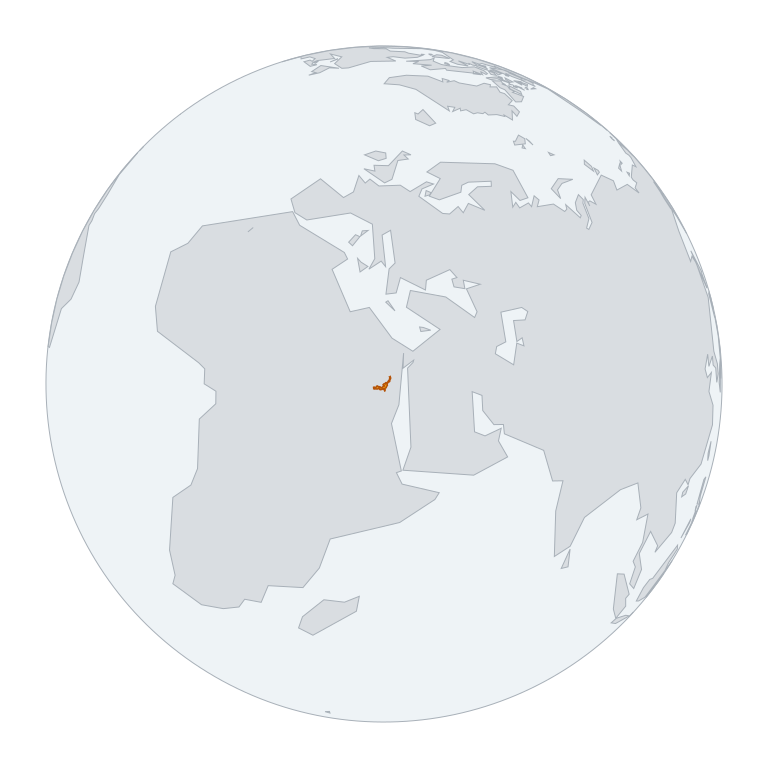 Aswan highlighted on a globe, orthographic projection, rotated 33°
{"feature_id": "EGY-1548", "entity_name": "Aswan", "entity_type": "Governorate", "adm_level": 1, "iso_a3": "EGY", "parent_name": "Egypt", "parent_adm1": "", "projection": "orthographic", "projection_center": [32.505, 23.633], "detail": "fine", "context": "on_globe", "style": "filled", "palette": "amber", "viewbox_px": 768, "rotation_deg": 33, "n_neighbors": 0, "source": "natural_earth", "source_scale": "10m", "svg_char_len": 12554}
<svg xmlns="http://www.w3.org/2000/svg" viewBox="0 0 768 768"><g transform="rotate(33 384 384)"><circle cx="384" cy="384" r="338" fill="#eef3f6" stroke="#a8b0b8"/><path d="M430.7,49.3L433.0,49.7L417.5,47.8L425.1,49.1L401.1,47.9L360.8,47.3L346.6,49.5L302.9,57.5L306.0,57.5L291.5,61.9L289.7,63.9L282.1,65.8L287.3,65.9L294.5,63.9L299.2,63.5L298.9,64.8L289.1,67.1L287.9,66.8L284.8,68.2L280.1,68.9L282.2,69.3L270.4,72.5L281.4,71.4L271.5,75.8L263.8,77.5L265.6,74.4L252.3,74.1L245.1,76.5L233.2,82.1L208.7,97.5L200.3,102.1L188.3,110.3L192.4,108.5L203.2,101.7L207.9,101.4L220.6,94.0L224.4,93.2L237.1,87.7L234.0,91.9L224.1,99.3L213.4,104.5L208.8,108.3L218.0,106.7L197.2,120.7L182.0,138.3L176.7,142.2L168.1,142.2L170.4,132.6L159.3,136.4L165.3,137.9L152.0,149.0L149.3,152.9L149.3,155.1L153.9,152.7L149.1,157.8L141.4,157.3L145.6,152.6L148.0,152.5L149.0,148.6L143.7,150.0L137.4,156.5L136.1,154.7L131.5,159.7L128.7,162.6L136.0,154.6L122.9,169.4L139.3,151.0L156.9,133.8L175.8,117.9L195.7,103.4L216.7,90.4L238.5,79.0L261.1,69.2L284.4,61.1L308.2,54.7L332.4,50.0L356.9,47.2L381.5,46.1L406.2,46.8L430.7,49.3ZM53.1,315.5L52.9,316.3L52.7,317.5L53.1,315.5ZM51.5,323.8L47.9,352.6L48.9,375.8L49.1,392.3L48.5,398.8L50.1,406.2L50.2,411.7L62.2,440.2L72.7,464.6L75.3,483.3L72.4,496.5L83.5,535.5L81.9,535.5L71.9,513.5L63.4,490.9L56.6,467.7L51.5,444.1L48.0,420.1L46.3,396.0L46.3,371.8L48.0,347.7L51.5,323.8ZM237.9,85.9L237.4,86.8L235.3,87.3L237.9,85.9ZM243.8,82.9L241.6,82.9L244.1,81.6L245.4,81.6L243.8,82.9ZM245.9,83.4L248.8,79.2L253.3,76.9L261.8,75.3L245.9,83.4ZM445.7,51.8L454.9,54.0L460.8,55.2L449.2,54.0L445.2,51.9L436.4,50.3L443.4,51.4L445.7,51.8ZM297.0,62.8L289.2,64.9L296.1,62.1L297.0,62.8ZM300.2,61.2L314.5,54.9L325.8,53.0L318.7,55.2L333.7,52.5L332.1,54.6L323.6,56.5L316.6,57.2L321.4,57.6L300.2,61.2ZM441.3,53.5L441.2,54.1L438.4,53.2L441.3,53.5ZM301.6,63.2L303.5,61.8L313.4,59.9L311.5,62.5L308.9,62.2L301.6,63.2ZM338.3,51.1L345.3,50.6L346.1,52.0L348.9,52.1L333.1,54.5L338.3,51.1ZM306.5,63.3L310.2,63.9L305.2,66.1L300.5,64.5L306.5,63.3ZM316.8,58.5L321.5,57.9L318.2,59.0L316.8,58.5ZM289.5,75.4L291.6,73.1L296.9,71.8L289.5,75.4ZM312.0,64.1L313.7,63.3L316.0,62.7L317.4,63.7L312.0,64.1ZM334.7,55.6L333.5,56.6L341.2,54.7L342.0,56.2L331.3,57.7L336.3,57.7L336.6,58.2L327.5,59.0L334.7,55.6ZM325.9,63.1L312.5,66.4L307.6,70.6L302.7,71.7L311.5,64.9L325.9,63.1ZM327.6,60.5L325.4,62.3L320.4,62.4L318.9,61.4L327.6,60.5ZM346.4,56.8L347.9,54.1L350.2,53.9L346.4,56.8ZM325.4,64.2L328.6,63.4L325.6,64.5L325.4,64.2ZM341.1,58.9L341.3,57.8L343.9,57.6L341.1,58.9ZM334.9,63.0L330.6,64.0L329.4,63.1L334.9,63.0ZM338.5,61.1L342.0,61.1L331.5,62.2L338.2,60.6L338.5,61.1ZM343.5,58.9L345.1,58.4L343.0,59.4L343.5,58.9ZM341.9,66.2L329.0,67.9L326.3,65.8L339.2,64.3L341.9,66.2ZM471.2,57.5L484.6,61.4L497.8,65.8L512.0,71.6L521.2,75.4L530.0,79.2L556.0,93.1L538.6,84.2L499.8,67.5L515.6,73.8L512.0,72.9L517.6,75.7L528.8,80.7L530.1,80.9L547.7,95.0L574.4,114.2L572.7,109.2L579.8,112.4L608.7,134.8L642.8,176.9L652.6,185.5L658.7,193.4L662.2,201.4L653.5,189.9L649.7,188.8L644.2,181.7L646.9,192.3L639.2,182.7L645.1,196.5L651.7,202.5L652.3,196.0L660.6,213.3L671.5,222.6L681.7,239.3L693.5,278.5L692.1,296.7L693.9,302.9L688.6,299.9L688.7,315.8L704.0,342.1L706.1,351.9L702.9,377.6L701.6,370.6L687.9,362.4L690.4,387.1L701.0,399.3L704.8,419.5L698.9,417.8L694.4,400.5L689.5,397.0L687.2,376.0L676.2,349.3L669.9,360.2L666.9,348.0L650.8,328.7L639.9,343.8L624.8,386.7L628.5,418.6L620.8,435.9L597.2,397.0L586.8,367.7L578.2,373.5L554.1,352.7L512.1,360.2L506.2,352.9L498.3,358.2L481.3,352.5L472.4,340.2L462.1,342.4L486.0,374.8L497.0,372.5L506.4,357.3L511.0,369.4L527.4,377.8L508.9,411.6L446.8,446.0L441.0,422.3L395.1,357.8L396.6,350.2L396.4,349.3L395.9,347.8L391.4,360.3L383.6,347.4L407.8,393.3L411.8,413.1L445.9,447.5L442.7,451.6L453.7,458.1L489.5,445.1L489.6,453.1L472.6,491.6L423.3,543.3L430.0,573.6L426.9,598.9L396.7,616.2L399.9,634.0L384.4,640.4L383.8,650.0L371.6,659.9L351.2,668.5L315.7,666.5L313.0,658.2L294.6,640.1L268.7,594.1L277.1,573.9L273.7,556.5L248.2,514.0L253.7,492.2L247.0,481.6L233.1,481.8L225.4,468.9L217.0,467.1L165.3,463.2L150.0,443.4L133.2,389.3L142.9,372.8L145.6,350.3L213.5,289.2L226.8,296.8L279.1,295.3L285.4,299.0L278.0,316.1L316.3,341.8L330.0,327.8L365.8,341.2L390.4,340.8L401.3,307.7L361.0,307.4L355.2,291.2L388.4,277.4L423.8,278.9L422.7,272.7L401.3,259.3L410.4,247.9L394.0,253.8L399.9,260.0L389.8,264.4L383.8,259.1L387.2,255.0L376.9,252.2L363.0,273.9L367.6,282.6L339.8,285.8L344.6,301.0L336.7,307.6L325.6,284.7L327.4,276.5L305.8,251.5L301.3,260.1L321.4,284.7L314.7,282.5L308.8,295.9L308.0,283.9L287.2,256.3L262.8,258.8L229.9,288.5L216.0,288.8L205.2,279.5L219.0,246.5L248.5,249.7L253.8,239.5L249.4,222.8L258.8,225.7L260.6,219.8L271.9,220.7L289.4,208.4L301.1,208.4L309.5,191.3L316.6,189.3L309.6,199.7L311.0,207.6L340.3,209.0L346.4,205.7L349.5,194.8L357.2,197.2L356.4,186.6L374.0,183.4L351.9,179.0L355.0,167.7L366.4,159.7L363.4,155.6L344.8,168.8L341.0,175.0L344.0,181.3L330.1,199.4L319.7,201.8L319.3,181.1L304.5,182.8L310.6,167.2L357.1,138.9L375.8,134.5L403.3,149.4L398.1,156.0L385.6,153.5L395.7,165.6L395.6,159.9L401.9,162.4L406.5,153.5L411.2,154.9L407.4,144.4L413.8,145.2L416.0,151.8L428.1,140.8L441.6,140.9L442.1,137.8L438.7,134.6L458.1,137.7L457.6,135.3L451.0,133.3L445.7,127.7L443.9,119.3L450.7,120.8L452.3,124.0L465.8,133.7L469.0,142.9L471.6,142.8L470.5,135.2L454.0,123.2L450.9,117.9L459.6,122.6L456.2,120.4L456.9,118.3L463.9,117.8L454.7,112.5L452.4,90.5L465.7,88.6L473.7,94.5L479.3,84.1L493.9,84.9L487.8,82.7L486.4,77.6L481.8,77.2L478.8,75.9L473.0,65.1L477.0,64.6L467.6,59.5L464.5,58.7L461.1,58.7L449.2,54.0L460.8,55.2L467.3,56.8L470.1,57.2L471.2,57.5ZM189.1,324.0L187.0,330.6L189.1,324.0ZM460.9,298.0L482.3,297.3L473.1,277.4L480.6,275.8L474.7,270.0L472.3,276.0L458.1,260.2L467.4,253.4L465.1,244.9L457.8,244.8L442.9,260.1L463.2,282.3L458.1,291.2L460.9,298.0ZM52.9,316.5L51.9,321.7L52.3,319.4L52.9,316.5ZM66.5,268.4L66.2,269.0L66.3,268.8L66.5,268.4ZM152.5,149.0L153.0,149.2L151.9,152.3L150.2,152.6L152.5,149.0ZM160.6,157.9L152.7,166.0L157.2,160.0L153.2,161.4L157.6,151.3L174.3,143.7L166.0,148.6L160.6,157.9ZM168.1,136.9L163.4,143.3L167.9,136.6L168.1,136.9ZM259.6,189.3L262.9,193.6L257.7,199.8L242.9,202.4L250.2,193.1L259.6,189.3ZM268.8,198.5L272.5,178.6L281.8,177.1L276.0,181.1L281.8,182.1L273.9,189.0L279.2,208.0L275.0,215.0L249.9,214.4L260.4,210.4L256.5,206.0L268.8,198.5ZM265.5,139.0L267.2,132.6L285.3,137.1L281.6,142.6L266.5,144.9L262.1,139.7L265.5,139.0ZM260.5,82.3L260.0,81.2L262.7,80.4L265.4,80.6L260.5,82.3ZM290.0,74.4L265.6,86.7L263.7,85.9L251.6,95.3L242.1,97.0L250.3,90.7L233.8,99.6L237.4,94.6L226.8,101.2L246.0,86.9L248.6,83.5L249.4,86.4L258.0,84.8L262.6,83.0L277.3,76.0L287.1,68.8L297.2,66.8L301.8,67.4L301.0,68.8L294.7,69.4L298.2,70.9L288.4,73.0L290.0,74.4ZM349.7,87.1L342.6,85.2L348.0,92.6L338.2,93.0L339.5,93.9L331.9,96.6L324.9,101.6L320.6,101.1L319.7,103.4L314.7,105.6L312.0,108.6L303.5,109.2L299.5,113.2L297.7,111.2L293.2,118.1L292.7,113.4L286.1,116.4L290.1,119.4L250.3,119.5L234.0,124.7L220.6,132.1L221.6,124.2L234.7,112.8L253.2,101.9L268.8,98.6L266.4,96.1L273.2,94.0L272.2,96.8L277.7,91.4L283.0,90.6L299.5,83.6L304.1,77.3L310.3,75.0L311.1,77.1L316.6,73.5L322.4,76.1L327.0,74.8L337.2,76.5L336.2,82.1L341.4,80.2L349.4,82.0L349.7,87.1ZM344.5,66.8L345.6,72.4L340.8,75.7L325.0,71.4L320.0,72.3L309.7,70.7L317.0,66.2L319.2,67.0L323.1,66.8L319.3,68.2L325.3,66.9L328.6,68.2L334.2,67.6L333.0,69.4L344.5,66.8ZM293.4,293.0L298.4,294.3L306.5,294.2L302.9,303.1L293.4,293.0ZM278.8,274.3L283.5,273.6L282.3,285.2L277.1,284.3L278.8,274.3ZM287.0,263.9L283.8,272.7L282.4,267.4L287.0,263.9ZM314.0,198.8L319.1,197.9L319.3,200.5L316.1,204.2L314.0,198.8ZM363.5,112.4L360.3,109.9L362.0,108.9L361.2,102.0L368.4,101.6L371.7,105.6L363.5,112.4ZM393.9,313.4L386.3,319.9L382.8,316.8L386.1,315.2L393.9,313.4ZM342.0,312.0L353.4,316.7L340.9,314.4L342.0,312.0ZM371.2,110.8L370.1,107.9L374.4,109.6L371.2,110.8ZM373.6,101.1L378.8,102.4L369.2,100.8L373.6,101.1ZM516.6,688.3L517.9,689.4L513.0,690.9L516.6,688.3ZM484.6,589.6L461.2,633.4L445.2,635.1L442.4,623.6L451.1,597.7L469.7,588.5L478.9,575.5L484.6,589.6ZM717.2,440.3L716.0,446.0L716.8,442.2L717.3,439.5L717.2,440.3ZM716.0,444.9L708.6,458.8L704.6,460.6L706.4,454.0L712.7,446.3L716.0,444.9ZM706.0,454.3L698.9,447.8L683.1,416.1L688.9,412.7L704.1,426.8L703.4,432.1L707.7,438.7L706.0,454.3ZM720.0,406.1L719.0,420.6L715.7,427.3L713.8,428.6L712.5,413.5L713.3,403.2L715.2,400.6L718.0,359.3L719.9,362.6L720.0,378.8L721.2,387.4L720.0,406.1ZM630.0,421.1L637.9,437.1L633.1,442.2L630.0,421.1ZM715.8,333.8L716.9,351.4L714.8,329.9L715.8,333.8ZM712.6,315.1L714.2,321.4L712.4,316.9L712.6,315.1ZM696.9,311.9L695.1,316.5L693.5,312.0L694.8,303.6L696.9,311.9ZM689.5,253.9L695.5,267.0L697.2,272.0L693.5,265.5L689.5,253.9ZM430.9,109.5L424.0,118.9L423.8,126.7L431.2,132.3L417.9,129.1L418.2,116.9L430.9,109.5ZM449.1,92.4L442.5,88.5L447.2,88.2L449.3,89.1L449.1,92.4ZM443.8,91.4L432.4,90.6L430.0,87.2L439.5,88.5L443.8,91.4ZM401.8,99.2L399.3,101.8L395.8,100.2L401.8,99.2ZM721.7,395.2L721.7,396.6L721.7,397.3L721.4,403.4L721.4,401.8L720.9,410.6L720.1,419.2L719.9,420.4L720.8,408.0L721.5,389.5L721.7,380.8L721.8,375.2L721.9,378.4L721.6,388.2L721.7,395.3L721.9,390.7L721.7,395.2ZM719.8,345.8L718.7,339.2L719.2,346.6L716.6,324.7L717.8,331.6L719.8,345.8ZM716.4,325.3L717.1,332.1L715.3,320.0L716.4,325.3ZM716.3,329.1L714.6,321.6L715.0,320.4L716.3,329.1ZM716.4,324.2L713.5,310.5L715.1,317.1L716.4,324.2ZM710.2,305.5L713.7,313.2L711.9,314.2L704.3,289.8L704.5,286.5L710.2,305.5ZM663.6,195.9L659.3,190.3L657.4,186.7L660.9,191.5L663.6,195.9ZM647.2,172.1L655.5,183.9L661.5,194.8L663.0,196.0L670.6,207.9L664.4,200.4L655.1,185.1L651.8,179.0L644.6,169.9L638.0,161.5L629.0,151.9L623.9,146.5L631.1,153.6L647.2,172.1ZM625.2,148.2L607.1,131.4L606.6,129.9L610.5,133.2L619.0,141.3L618.7,141.5L625.2,148.2ZM602.6,127.2L602.2,127.5L574.7,109.2L568.8,105.2L589.4,116.9L590.1,118.1L597.0,123.3L602.6,127.2ZM444.9,54.6L441.6,54.2L443.6,54.1L444.9,54.6ZM476.3,75.8L472.5,74.0L475.1,73.5L476.3,75.8ZM463.5,69.1L463.2,70.8L460.6,68.4L463.5,69.1ZM463.2,75.2L461.8,71.2L467.2,76.0L463.2,75.2Z" fill="#d9dde1" stroke="#a8b0b8" stroke-width="1"/><path d="M378.5,393.6L378.2,393.6L378.3,393.1L378.5,392.7L378.4,392.5L378.3,392.3L378.2,392.3L377.9,392.3L377.7,392.5L377.5,393.0L377.4,392.9L377.2,392.7L377.0,392.4L377.2,392.1L377.3,392.0L377.4,391.9L377.6,391.9L378.0,391.9L378.3,391.8L378.4,391.7L378.5,391.7L379.1,391.1L379.1,390.9L379.2,390.7L379.1,390.3L379.1,390.0L379.0,389.9L379.1,389.7L379.3,389.4L379.5,389.2L379.8,389.2L380.2,389.4L380.3,389.4L382.1,388.5L382.3,388.5L382.6,388.6L382.8,388.8L383.0,388.8L383.3,388.8L383.5,389.0L383.8,388.8L383.8,388.7L384.0,388.4L384.0,388.1L384.1,387.9L384.2,387.7L384.3,387.6L384.4,387.1L384.7,386.5L384.8,386.3L385.3,385.8L385.4,385.7L385.4,385.4L385.2,385.2L384.5,385.4L384.0,385.3L383.8,385.3L383.7,385.3L383.6,385.2L383.6,384.9L383.7,384.6L383.8,384.1L383.9,383.9L384.0,383.6L384.2,383.4L384.3,383.4L384.6,383.3L385.2,383.2L385.3,383.1L385.3,382.9L385.2,382.8L385.1,382.7L384.9,382.6L384.8,382.4L384.7,382.4L384.7,382.1L384.8,381.9L384.9,381.7L385.0,381.7L385.5,381.7L385.8,381.6L385.9,381.4L386.0,381.4L386.1,381.1L386.0,380.7L386.0,380.4L386.0,380.0L386.0,379.9L386.0,379.5L386.0,379.2L386.0,378.9L386.0,378.7L386.2,378.2L386.3,378.0L386.3,377.9L386.2,377.7L386.1,377.4L385.9,376.9L385.8,376.7L385.8,376.1L385.7,375.9L385.6,375.7L385.4,375.5L385.2,375.3L384.8,375.1L385.0,374.9L385.0,374.5L385.1,374.3L386.2,375.2L386.4,375.4L386.5,375.7L386.6,375.9L386.6,376.1L386.7,376.4L386.7,377.2L386.8,377.4L386.8,377.5L387.4,378.7L387.4,378.8L387.3,379.0L387.2,379.2L387.2,379.4L386.7,379.9L386.7,380.0L386.6,380.5L386.5,380.9L386.7,381.9L386.7,382.1L386.8,382.3L387.0,382.7L387.0,382.8L387.2,383.0L387.3,383.1L387.5,383.2L387.5,383.3L387.6,383.5L387.6,384.0L387.4,384.3L387.4,384.6L387.6,385.1L387.7,385.5L387.8,385.6L387.8,385.8L387.8,386.0L387.6,386.5L387.4,386.7L387.3,386.8L387.2,387.1L387.0,387.3L387.0,387.5L387.5,387.8L387.8,387.9L387.9,388.0L388.0,388.1L388.2,388.3L388.3,388.5L388.5,389.2L388.5,389.4L388.4,389.5L388.3,389.4L387.9,389.2L387.5,388.7L387.4,388.6L387.2,388.6L386.6,388.7L386.4,388.6L386.0,388.3L386.0,388.2L385.9,388.2L385.7,388.3L385.6,388.5L385.5,388.8L385.5,389.0L385.5,389.3L385.4,389.5L384.6,390.3L384.4,390.5L384.2,390.7L384.0,390.8L383.7,390.9L383.2,390.9L382.8,390.8L382.7,390.7L382.2,390.3L382.2,390.2L381.9,390.2L381.9,390.3L381.5,391.4L381.4,391.6L381.2,391.8L380.9,392.0L380.6,392.0L380.4,392.1L380.3,392.3L380.2,392.4L380.1,392.5L379.0,393.0L378.9,393.1L378.6,393.3L378.5,393.6L378.5,393.6Z" fill="#f59e0b" stroke="#b45309" stroke-width="1.5"/></g></svg>